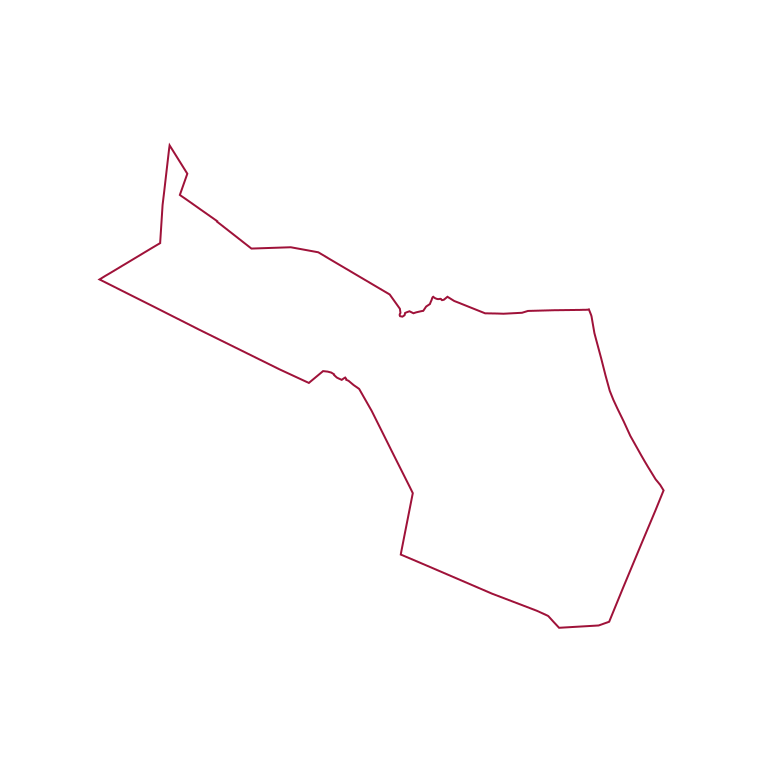 the district of Ad Damar, River Nile, Sudan, rotated 24°
{"feature_id": "16777658B48152145505779", "entity_name": "Ad Damar", "entity_type": "district", "adm_level": 2, "iso_a3": "SDN", "parent_name": "Sudan", "parent_adm1": "River Nile", "projection": "orthographic", "projection_center": [33.881, 17.119], "detail": "fine", "context": "isolated", "style": "outline", "palette": "rose", "viewbox_px": 768, "rotation_deg": 24, "n_neighbors": 0, "source": "geoboundaries", "source_scale": "gbopen_adm2", "svg_char_len": 1951}
<svg xmlns="http://www.w3.org/2000/svg" viewBox="0 0 768 768"><g transform="rotate(24 384 384)"><path d="M81.6,404.2L92.6,404.7L97.1,404.9L105.1,405.3L142.2,407.0L192.2,409.5L282.2,413.1L314.9,413.6L323.1,397.0L327.5,395.6L331.2,395.0L334.5,395.5L334.7,396.1L336.8,396.8L338.3,397.3L340.2,397.4L341.1,397.4L342.8,397.4L343.7,397.4L345.0,395.2L345.9,393.9L347.3,394.6L347.7,395.5L350.3,395.5L356.6,397.3L363.3,398.6L383.7,413.6L413.1,437.8L417.8,441.7L449.2,467.4L454.7,472.0L464.0,512.8L468.2,531.1L468.7,533.0L491.0,532.6L568.1,531.6L615.8,529.0L627.6,529.1L628.5,529.2L635.8,532.4L643.1,535.5L678.3,517.3L686.4,509.6L685.3,473.3L684.1,423.0L683.4,389.2L682.8,371.0L682.7,367.5L677.3,363.8L670.9,360.6L658.8,352.3L653.7,348.7L647.8,344.4L630.1,331.2L618.2,320.7L607.1,311.4L600.0,305.2L593.0,298.4L582.9,286.1L572.1,272.4L559.2,256.5L555.5,251.9L547.8,240.4L546.2,238.0L545.4,237.0L544.2,235.8L540.8,232.5L540.7,232.6L539.7,233.4L536.0,235.1L532.9,236.6L509.0,247.6L485.8,258.7L481.1,262.8L464.6,271.2L458.7,273.6L447.6,278.3L421.4,279.3L420.9,279.3L414.4,279.6L406.5,278.5L405.3,280.9L404.4,282.7L402.9,283.8L402.1,283.6L401.5,283.2L400.7,283.3L399.9,283.9L398.8,284.5L398.0,284.7L397.1,284.8L395.7,284.8L394.9,284.7L393.5,284.3L393.2,284.8L393.1,285.6L393.1,286.2L393.3,287.8L393.3,290.2L393.4,292.3L391.0,296.1L390.1,301.2L389.3,301.7L387.5,303.0L384.2,305.5L382.1,307.4L377.7,307.2L375.8,309.0L374.4,310.5L374.7,312.1L374.8,312.8L373.9,314.3L373.4,315.0L371.1,315.5L370.2,314.6L370.0,313.4L370.1,312.3L367.9,308.8L352.8,299.9L282.9,291.9L270.4,290.4L243.2,297.0L207.8,314.2L165.4,303.6L165.4,303.1L145.0,299.1L129.9,296.1L121.3,294.5L120.6,294.3L118.8,271.9L91.1,253.2L92.0,256.4L95.6,267.9L99.2,279.4L104.8,297.2L108.9,310.5L111.8,318.3L122.1,346.1L122.2,346.3L115.7,355.5L113.4,358.8L111.7,361.2L102.4,374.5L99.4,378.8L97.7,381.2L97.4,381.6L88.3,394.6L85.2,398.9L81.6,404.2L81.6,404.2Z" fill="none" stroke="#9f1239" stroke-width="2"/></g></svg>